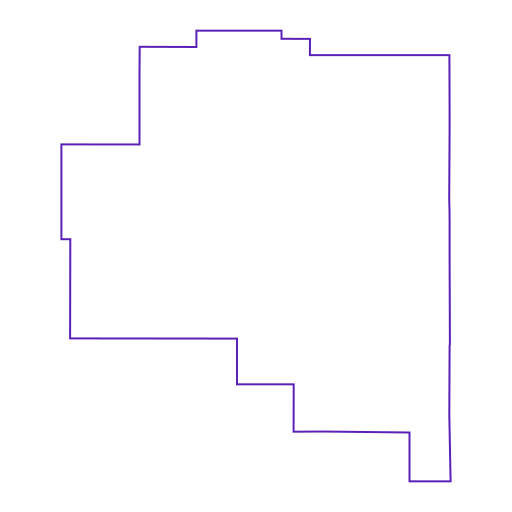 outline of Fallon, Montana, United States of America
{"feature_id": "52423323B16116939849770", "entity_name": "Fallon", "entity_type": "district", "adm_level": 2, "iso_a3": "USA", "parent_name": "United States of America", "parent_adm1": "Montana", "projection": "robinson", "projection_center": [-104.352, 46.283], "detail": "fine", "context": "isolated", "style": "outline", "palette": "violet", "viewbox_px": 512, "rotation_deg": 0, "n_neighbors": 0, "source": "geoboundaries", "source_scale": "gbopen_adm2", "svg_char_len": 521}
<svg xmlns="http://www.w3.org/2000/svg" viewBox="0 0 512 512"><path d="M139.5,71.2L139.5,144.5L61.4,144.4L61.4,239.2L70.3,239.2L70.1,338.4L237.0,338.6L237.0,384.3L293.7,384.3L293.6,431.7L322.0,431.5L409.5,432.5L409.5,481.3L450.6,481.3L449.9,445.7L449.3,414.9L449.6,345.5L449.9,344.9L449.6,257.8L449.6,232.9L449.6,223.2L449.5,209.2L449.2,199.6L449.6,129.0L449.6,111.5L449.4,55.1L309.9,55.1L310.0,38.9L281.5,38.8L281.5,30.7L196.4,30.7L196.4,47.0L139.7,46.8L139.5,71.2Z" fill="none" stroke="#5b21b6" stroke-width="2"/></svg>